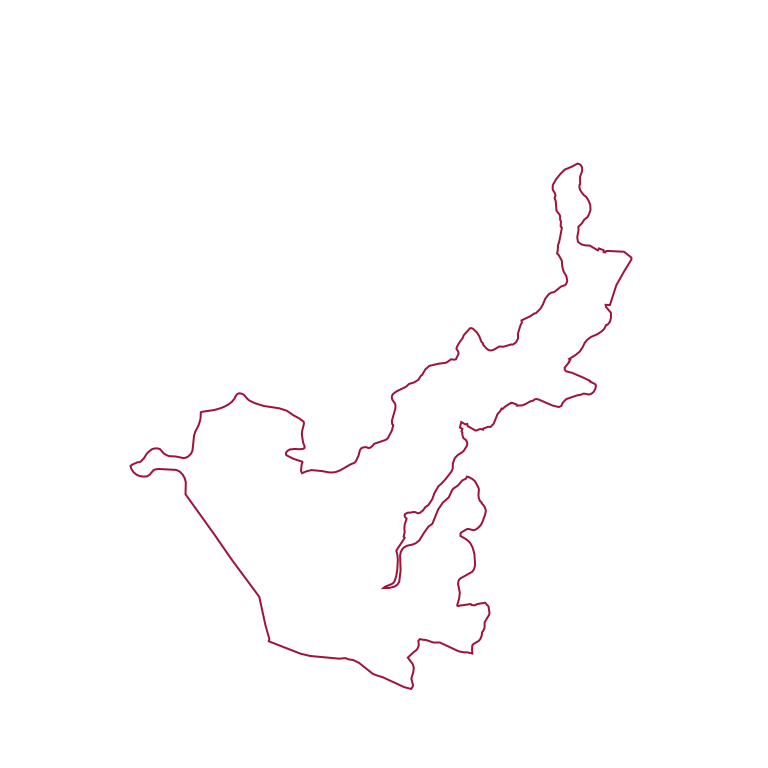 Hunters Hill, New South Wales, Australia (Natural Earth projection), rotated 295°
{"feature_id": "25037944B34296859753223", "entity_name": "Hunters Hill", "entity_type": "district", "adm_level": 2, "iso_a3": "AUS", "parent_name": "Australia", "parent_adm1": "New South Wales", "projection": "natural_earth1", "projection_center": [151.151, -33.83], "detail": "fine", "context": "isolated", "style": "outline", "palette": "rose", "viewbox_px": 768, "rotation_deg": 295, "n_neighbors": 0, "source": "geoboundaries", "source_scale": "gbopen_adm2", "svg_char_len": 6166}
<svg xmlns="http://www.w3.org/2000/svg" viewBox="0 0 768 768"><g transform="rotate(295 384 384)"><path d="M209.2,194.0L204.7,190.0L202.6,188.9L200.0,191.2L198.1,194.5L197.2,198.3L197.3,201.3L198.4,205.2L200.2,208.3L202.6,209.9L208.4,211.5L210.0,212.9L211.6,215.3L218.3,231.9L218.3,235.8L216.8,239.8L214.4,243.2L211.2,245.9L200.2,250.7L176.4,293.0L160.6,320.0L138.4,360.9L115.3,378.5L104.4,387.9L102.1,388.3L104.3,422.2L106.3,432.0L116.1,459.4L119.4,465.2L119.4,468.0L120.8,472.7L120.7,479.2L116.6,496.3L116.8,500.1L117.7,506.7L117.8,530.4L119.1,537.5L121.4,537.9L123.3,537.6L128.5,533.3L135.2,532.3L139.5,530.9L142.3,528.4L146.1,521.2L154.0,524.4L155.8,525.5L158.0,526.2L161.8,526.0L165.8,523.7L167.9,524.3L168.7,527.4L169.7,530.1L170.6,538.1L173.3,543.8L173.3,564.8L174.8,570.4L176.0,572.9L177.1,578.0L180.1,576.2L184.4,574.5L186.3,575.0L191.1,578.4L193.7,579.1L197.1,578.9L200.5,577.8L203.0,578.3L205.4,578.2L210.7,575.9L219.3,576.8L221.2,576.3L226.5,572.8L228.5,568.1L223.9,561.4L221.8,559.9L220.7,556.8L221.2,555.5L216.0,547.7L215.7,546.8L214.2,545.4L214.1,544.2L214.4,543.8L221.2,542.8L226.9,540.9L234.1,535.6L237.3,534.7L238.7,534.8L240.2,535.5L251.1,543.3L253.9,543.8L258.3,543.2L268.4,537.6L273.2,533.5L276.2,529.5L277.3,527.2L278.1,523.3L278.6,517.5L280.6,516.6L282.0,516.7L287.4,520.4L288.3,521.7L289.3,526.9L291.2,528.9L293.9,530.3L296.9,531.3L300.4,531.5L307.8,530.9L311.6,530.1L313.1,529.2L314.8,527.5L316.2,525.4L317.3,522.7L318.0,522.4L318.5,520.4L320.6,518.2L323.1,516.6L328.5,514.6L330.0,513.4L334.3,507.5L335.2,504.6L335.5,500.0L335.1,498.3L333.0,498.4L329.7,495.7L323.3,493.9L318.2,490.9L316.7,490.6L308.6,490.6L301.3,487.4L292.9,486.1L277.8,486.9L273.4,484.5L265.8,483.1L257.2,482.1L253.0,480.0L250.5,477.6L247.2,473.3L244.6,471.3L242.6,470.5L239.0,470.2L235.5,471.0L222.1,477.8L211.1,481.4L207.8,480.9L204.8,479.1L201.5,475.1L198.8,469.7L200.6,470.5L205.9,475.5L208.0,476.7L209.9,476.9L215.0,476.3L221.3,474.5L230.4,470.9L234.7,468.4L237.8,465.8L239.0,465.7L253.3,467.8L253.9,466.3L259.0,465.2L260.6,464.0L265.2,462.2L271.5,461.4L272.4,459.1L273.7,458.2L275.0,458.0L277.6,460.1L278.4,462.0L280.3,464.5L281.1,466.5L281.1,469.4L282.3,470.9L285.9,472.8L289.6,473.4L293.1,475.4L300.0,476.4L306.9,475.8L314.6,476.6L317.3,477.9L324.1,480.1L333.0,482.1L336.4,482.0L341.2,480.0L346.6,479.5L350.7,480.8L355.0,483.6L357.1,484.5L362.6,485.2L364.6,485.0L366.5,483.8L367.8,482.1L368.6,478.6L371.2,476.4L373.0,475.6L373.8,474.3L376.5,474.0L376.6,471.2L382.2,470.1L381.8,474.7L383.0,476.3L381.2,477.7L380.5,486.9L383.9,490.2L384.5,493.1L385.4,492.7L389.2,496.5L390.1,498.7L394.5,500.2L404.8,499.6L408.5,500.8L411.3,500.9L411.2,501.8L414.6,503.3L419.2,506.1L420.0,507.1L420.5,506.9L421.1,508.2L421.5,512.8L420.5,513.4L423.1,518.4L425.7,520.8L430.3,524.1L431.7,526.0L433.9,527.2L434.9,528.6L435.3,530.9L435.7,545.7L437.0,552.2L439.1,554.0L442.7,553.9L447.4,555.6L455.2,563.7L457.7,567.2L459.4,568.6L460.2,570.5L461.0,574.0L462.3,575.7L464.9,577.2L468.3,577.6L472.1,576.9L473.1,575.5L473.3,569.6L473.9,569.5L474.0,561.8L473.6,549.5L472.4,543.7L473.4,541.8L475.1,540.8L482.2,542.6L482.4,542.1L484.7,542.6L485.0,541.2L491.1,545.3L496.1,547.7L501.4,548.5L506.0,548.5L509.4,549.3L514.1,551.7L519.6,556.6L524.3,559.3L527.0,560.3L531.4,560.4L532.0,561.3L532.7,561.7L536.1,562.5L540.4,561.6L544.5,559.5L547.7,552.6L549.4,551.4L551.1,555.4L571.7,552.8L587.2,554.0L601.3,555.6L602.7,555.1L603.3,554.2L605.3,545.6L598.6,529.3L596.8,528.9L596.3,527.3L598.1,526.5L597.7,521.5L595.5,521.4L596.4,512.1L594.7,507.8L594.0,504.1L594.7,500.1L595.0,499.6L598.5,497.2L606.1,495.1L608.6,493.7L613.2,495.5L617.5,496.0L621.5,498.0L625.3,498.0L629.2,497.5L633.2,495.4L636.5,492.1L639.0,488.4L639.6,485.4L641.3,482.0L642.6,480.0L644.3,478.3L646.7,477.1L647.8,477.4L654.7,474.1L659.6,473.7L662.4,472.9L664.1,471.9L665.5,469.9L665.9,468.3L665.5,466.2L660.7,462.7L654.7,457.2L648.6,455.0L642.2,453.4L635.7,452.9L632.5,454.2L631.2,455.1L629.4,457.9L627.4,459.8L624.7,460.0L622.1,462.5L613.8,467.2L612.0,471.0L610.7,472.6L607.3,474.2L606.1,475.7L601.7,477.4L601.1,478.1L600.8,479.2L587.3,482.6L583.1,483.1L578.8,484.9L575.4,485.7L574.8,487.7L571.3,492.5L570.6,493.2L566.0,495.8L563.3,498.0L561.9,499.2L558.8,503.7L554.9,506.5L552.3,506.8L550.3,506.5L547.2,503.3L539.3,499.4L537.3,496.8L534.8,495.3L529.5,494.1L523.2,494.4L518.6,494.0L512.4,491.8L511.3,490.3L507.3,488.0L499.7,481.7L498.1,483.0L494.6,482.9L486.2,484.1L482.8,485.9L480.9,486.3L477.4,486.0L474.6,484.4L473.9,483.6L473.7,482.7L468.2,476.4L466.7,472.6L462.1,469.5L460.2,467.7L459.3,466.1L459.0,464.7L459.4,462.0L461.6,457.1L462.8,456.3L463.3,454.6L467.6,450.1L470.2,446.0L471.7,441.0L471.5,439.3L470.7,438.3L462.0,435.7L458.7,435.9L453.7,434.8L448.7,434.4L446.4,434.8L444.7,437.6L442.9,438.8L436.9,438.7L435.8,437.6L434.7,434.3L430.3,431.9L429.1,430.7L425.6,425.1L419.6,417.4L414.4,415.2L408.4,414.8L407.1,413.9L402.4,413.4L398.2,410.7L394.7,406.7L390.8,405.1L383.0,398.8L379.1,396.5L376.9,396.2L374.8,396.9L373.1,398.4L371.0,402.2L369.1,403.6L366.8,404.6L354.0,406.7L351.2,408.3L350.6,409.8L345.2,410.8L336.5,410.4L333.9,409.0L325.7,400.4L322.6,399.6L320.0,398.0L319.4,396.8L319.2,394.5L318.5,393.0L316.5,390.7L314.0,390.1L308.2,391.2L301.7,391.1L300.2,390.6L297.1,387.7L287.1,380.7L283.6,377.2L281.8,374.2L280.8,372.0L278.8,364.3L275.3,354.6L271.9,350.4L268.5,347.4L270.3,345.4L276.2,343.4L278.6,343.2L279.0,342.8L277.9,333.0L278.2,325.6L279.3,324.6L280.7,324.3L282.0,324.5L284.8,326.2L287.4,330.5L289.1,334.9L290.9,337.9L292.3,339.0L293.7,338.6L296.9,335.3L303.5,330.9L306.7,329.7L314.4,328.2L315.9,327.0L317.0,321.5L317.4,315.1L318.7,307.1L317.7,299.3L313.3,284.4L312.0,274.8L312.1,269.4L312.6,266.9L314.8,262.1L315.1,260.9L315.0,258.8L314.5,256.9L313.2,255.5L312.0,255.0L309.4,254.6L308.3,254.9L303.4,253.6L299.6,251.6L296.1,249.0L293.0,246.1L288.8,241.3L281.8,230.7L281.0,229.9L275.8,232.1L272.3,232.9L268.0,233.4L260.8,233.1L257.1,233.6L242.9,238.5L239.5,238.6L235.8,237.3L233.5,235.6L232.1,233.5L230.3,226.0L227.9,219.9L227.6,217.5L228.0,213.7L230.3,208.4L229.9,205.8L228.6,203.3L226.9,201.3L223.2,199.4L220.2,198.4L215.1,197.8L210.9,196.3L209.7,195.3L209.2,194.0Z" fill="none" stroke="#9f1239" stroke-width="2"/></g></svg>